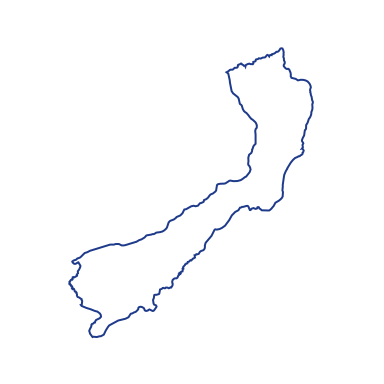 Santa Bárbara (Iscuandé), Nariño, Colombia, rotated 254°
{"feature_id": "7082276B99136561352014", "entity_name": "Santa Bárbara (Iscuandé)", "entity_type": "district", "adm_level": 2, "iso_a3": "COL", "parent_name": "Colombia", "parent_adm1": "Nariño", "projection": "orthographic", "projection_center": [-77.93, 2.324], "detail": "fine", "context": "isolated", "style": "outline", "palette": "blue", "viewbox_px": 384, "rotation_deg": 254, "n_neighbors": 0, "source": "geoboundaries", "source_scale": "gbopen_adm2", "svg_char_len": 6010}
<svg xmlns="http://www.w3.org/2000/svg" viewBox="0 0 384 384"><g transform="rotate(254 192 192)"><path d="M158.2,57.8L157.2,57.8L155.5,58.9L155.1,59.9L155.2,61.3L155.8,63.0L155.7,63.4L151.9,64.4L151.0,64.1L149.0,62.5L148.3,61.8L147.9,61.1L147.1,60.3L145.3,60.0L144.5,58.6L144.0,58.3L143.4,58.5L143.0,58.1L142.4,55.1L143.0,54.4L142.9,53.8L140.9,53.1L140.8,52.9L141.3,52.6L140.8,51.3L140.5,51.1L140.3,50.5L139.8,50.3L139.3,49.3L138.2,49.4L137.7,48.8L137.1,48.8L136.8,49.3L136.2,49.5L136.6,49.7L134.0,50.8L133.3,50.8L132.7,50.0L132.1,50.1L131.5,50.5L131.7,51.3L131.5,51.7L131.0,51.9L128.7,51.9L128.3,52.8L127.2,53.3L126.8,52.9L126.1,53.2L125.1,53.2L124.5,52.9L123.7,52.9L122.7,53.1L121.7,54.4L119.3,56.4L118.8,56.1L117.4,56.4L114.2,55.0L114.1,54.0L112.9,54.5L109.6,58.6L107.4,62.0L104.4,65.9L103.1,68.1L100.7,69.9L99.1,70.4L97.2,70.2L96.1,68.5L95.4,64.5L94.3,63.3L93.3,62.8L93.4,61.8L92.8,60.9L92.6,59.3L91.9,58.6L91.4,58.6L90.0,57.7L88.5,56.2L86.8,54.9L85.0,55.0L84.0,54.9L80.0,56.4L80.1,57.2L78.8,60.6L78.8,63.0L78.5,64.7L79.2,67.9L82.8,71.1L85.5,74.1L86.6,75.7L88.8,85.7L88.5,93.0L89.1,96.4L91.8,99.5L91.8,101.4L92.2,102.9L92.3,104.7L92.8,105.9L94.1,108.0L95.4,108.5L96.0,109.6L95.8,111.2L94.9,112.6L93.4,113.8L91.2,114.0L90.3,115.1L90.2,116.8L90.7,117.8L90.8,118.8L88.6,121.2L88.4,121.7L88.6,122.8L91.2,126.0L91.8,126.4L93.0,126.1L94.2,124.6L95.3,124.3L99.0,124.8L100.6,126.1L103.3,127.3L103.4,128.2L103.0,129.3L103.0,132.1L103.6,132.7L107.1,134.4L107.2,136.1L107.8,137.4L107.8,137.9L107.1,138.8L106.9,139.8L107.3,140.3L107.2,141.2L106.8,142.1L105.9,143.1L105.9,143.9L106.3,145.0L105.9,145.5L105.9,145.8L106.5,146.3L107.1,147.1L108.1,147.8L109.5,148.2L110.1,148.0L111.4,148.3L112.8,149.2L113.6,150.8L113.7,151.8L113.3,153.3L113.6,154.3L115.3,155.7L115.7,156.5L116.3,156.6L116.2,156.8L116.6,157.0L116.5,157.4L117.0,157.5L116.8,157.8L117.2,157.8L117.1,158.4L117.7,158.3L117.6,159.0L118.0,159.1L118.4,159.8L118.3,161.0L120.2,161.9L120.6,161.8L120.7,162.6L121.7,162.5L122.2,163.0L122.6,163.1L123.7,165.1L124.3,165.4L124.4,166.2L124.8,166.7L124.7,167.9L125.9,168.6L125.9,170.0L126.9,171.7L126.4,172.5L127.7,174.5L127.7,175.3L128.2,176.4L128.2,176.8L130.5,177.0L130.4,178.1L131.0,179.0L130.6,180.1L130.7,181.4L132.3,183.1L132.8,184.5L132.9,186.7L133.4,187.7L134.2,188.6L135.7,189.3L137.0,189.6L139.4,191.1L144.5,198.7L149.4,203.2L149.7,204.0L149.0,205.6L148.8,208.3L149.2,210.8L150.5,214.5L154.8,220.1L158.5,223.8L160.9,228.0L161.7,231.6L163.7,233.8L163.6,235.0L163.9,236.0L163.6,237.1L163.6,240.4L163.4,241.4L162.9,242.0L162.3,242.2L158.9,242.6L158.9,243.1L158.6,243.4L159.5,244.6L159.6,246.7L158.3,248.3L158.2,249.5L158.3,250.1L159.2,250.6L159.3,251.4L158.8,252.1L157.5,252.3L156.7,253.1L155.2,254.0L153.0,260.9L153.1,261.6L153.9,263.4L156.1,266.7L158.7,269.2L159.7,273.1L160.6,275.2L161.7,277.0L162.7,277.9L166.8,279.4L168.7,279.4L172.3,280.8L173.6,281.1L181.4,284.6L183.2,285.5L186.4,288.1L188.1,290.0L188.4,290.0L193.0,295.0L195.0,297.9L196.3,300.5L196.6,303.2L197.0,304.2L196.8,304.7L196.8,305.5L197.3,306.4L197.5,307.6L198.3,308.9L199.3,309.1L199.7,309.9L201.1,310.8L203.5,310.1L203.5,309.8L204.4,310.9L206.8,311.2L208.0,312.4L208.6,312.4L210.4,311.8L211.4,311.9L213.2,313.2L215.5,315.4L219.6,317.2L220.3,317.6L220.7,318.4L221.5,319.1L224.9,320.2L226.7,322.2L230.1,324.5L230.9,325.7L232.6,327.2L234.2,328.2L236.0,328.8L237.8,330.2L239.6,331.0L243.2,331.8L244.5,332.8L245.6,333.0L247.5,332.8L250.4,333.2L252.6,333.0L254.2,333.3L255.3,333.1L256.0,333.5L257.2,333.5L258.3,334.0L259.9,335.1L261.6,335.2L263.9,334.8L266.4,333.6L267.9,332.0L269.1,329.9L269.9,327.5L270.1,324.6L272.2,322.8L274.3,319.1L276.0,318.8L277.8,319.4L279.6,319.6L282.9,319.2L283.8,318.6L284.0,318.1L284.0,317.3L284.5,316.6L285.2,316.0L287.6,314.9L288.6,315.1L289.3,315.6L289.8,316.4L291.3,317.0L293.2,316.7L295.3,317.2L296.3,317.0L297.2,317.2L298.5,317.9L299.5,318.0L300.8,318.6L303.1,318.8L305.0,318.5L305.5,317.5L305.5,316.5L304.0,314.8L303.3,313.6L303.2,312.8L303.5,311.7L302.8,310.5L302.4,308.9L302.4,306.8L301.6,306.3L302.1,305.4L302.0,304.5L301.8,304.0L301.3,303.9L301.0,303.6L302.2,303.2L303.0,302.2L302.7,301.4L301.8,300.3L301.3,299.3L301.7,296.8L301.3,294.9L302.1,293.1L301.6,292.0L301.8,290.2L301.6,289.8L300.9,289.5L300.2,289.0L300.1,286.7L298.6,286.4L298.1,285.7L298.8,283.5L299.6,282.4L299.6,280.9L299.3,279.0L298.5,278.2L297.9,277.9L298.9,277.7L299.0,276.7L299.7,276.4L300.9,275.2L301.7,275.0L302.0,274.5L301.5,272.8L301.6,272.0L301.3,271.1L299.7,270.5L299.1,269.4L299.6,267.2L298.5,265.1L298.5,264.2L298.9,263.2L298.9,262.1L298.0,260.1L297.6,258.2L295.8,259.5L289.3,259.1L286.4,258.6L278.0,257.9L275.5,258.7L270.7,262.1L269.9,262.4L268.6,262.6L263.7,262.3L263.2,262.5L262.1,263.4L261.0,263.7L257.9,263.7L255.6,264.2L254.1,265.1L253.0,266.1L250.0,267.5L248.2,268.1L245.7,269.3L245.1,270.0L241.9,272.0L240.6,272.5L238.3,272.7L236.3,272.1L235.7,271.7L235.0,270.6L233.3,269.6L229.5,268.9L220.8,266.4L219.6,264.3L218.7,263.4L216.6,262.0L216.3,261.5L214.9,261.1L213.2,259.8L212.1,257.2L209.5,255.6L205.9,254.7L203.5,253.7L202.3,253.7L201.1,254.3L199.6,254.6L197.5,254.5L195.2,252.9L191.9,248.3L191.7,246.9L190.7,244.5L190.0,242.2L190.0,239.5L190.1,238.4L191.0,234.8L192.4,232.0L192.5,231.1L191.1,226.5L191.2,225.2L192.2,221.1L192.3,218.8L191.7,217.9L186.8,215.6L186.0,214.6L184.8,211.7L184.5,209.1L183.5,207.5L182.3,206.1L181.5,204.5L181.1,203.2L181.0,201.6L180.8,201.2L179.7,200.7L179.3,200.3L178.9,197.9L179.0,196.6L177.2,193.9L177.3,191.5L178.3,189.9L178.5,187.4L177.1,181.6L177.3,179.8L174.2,177.0L172.7,174.3L172.2,170.2L171.6,169.5L170.6,167.0L170.3,163.3L170.0,162.4L169.1,161.1L165.0,158.3L164.0,157.3L162.8,154.9L162.2,152.7L162.2,150.4L162.8,146.5L162.1,144.2L162.1,143.4L162.4,142.7L162.3,141.0L162.8,136.6L162.7,136.0L161.4,134.0L160.4,130.5L160.3,128.0L159.5,125.0L159.3,113.0L159.6,111.1L160.1,109.6L162.0,107.6L162.5,106.3L163.0,104.4L163.0,102.4L164.0,98.8L163.6,77.6L163.0,74.9L162.9,72.0L160.2,67.1L159.8,66.0L159.7,63.4L158.9,62.1L158.8,59.4L158.2,57.8Z" fill="none" stroke="#1e3a8a" stroke-width="2"/></g></svg>